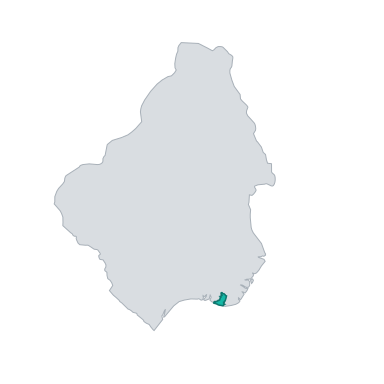 location of Ekeremor, Bayelsa, Nigeria, rotated 310°
{"feature_id": "59680162B22876202690460", "entity_name": "Ekeremor", "entity_type": "district", "adm_level": 2, "iso_a3": "NGA", "parent_name": "Nigeria", "parent_adm1": "Bayelsa", "projection": "orthographic", "projection_center": [5.719, 4.944], "detail": "fine", "context": "in_parent", "style": "filled", "palette": "teal", "viewbox_px": 384, "rotation_deg": 310, "n_neighbors": 0, "source": "geoboundaries", "source_scale": "gbopen_adm2", "svg_char_len": 5764}
<svg xmlns="http://www.w3.org/2000/svg" viewBox="0 0 384 384"><g transform="rotate(310 192 192)"><path d="M299.5,87.7L309.9,101.4L312.3,111.7L313.3,116.8L314.9,117.4L318.0,117.6L320.3,118.6L321.7,120.3L322.6,121.8L322.8,122.8L322.3,129.0L321.6,131.2L322.1,134.3L322.0,135.6L321.7,136.5L320.4,137.5L318.5,138.6L314.1,141.6L312.8,142.0L311.0,142.1L309.4,142.9L307.5,144.5L303.4,150.5L300.0,156.5L297.6,166.2L294.5,169.3L294.0,172.0L293.6,178.0L293.2,179.8L292.7,180.4L289.3,181.6L287.4,183.0L286.2,185.7L284.9,195.1L284.4,196.6L283.3,198.2L281.6,200.0L280.1,201.0L276.2,201.6L272.5,208.7L272.5,209.9L271.0,216.3L268.1,221.1L268.0,224.2L264.4,228.5L262.6,231.4L264.6,234.4L264.7,234.8L258.6,240.0L258.2,240.8L258.0,244.3L257.5,245.2L256.4,246.5L254.7,248.0L253.0,249.1L251.1,249.9L249.2,250.2L248.2,249.7L247.6,248.7L246.5,244.4L246.0,243.4L244.7,242.6L239.9,237.9L237.0,236.3L236.4,236.4L235.9,236.8L235.1,239.2L234.3,240.1L232.7,240.4L230.1,240.5L228.1,240.2L227.7,239.7L226.7,237.8L220.8,242.2L218.7,243.2L216.1,248.3L212.4,250.9L209.8,253.1L202.9,260.1L201.5,262.1L200.1,265.2L197.2,278.3L192.4,286.5L191.8,288.2L191.5,288.1L190.9,288.9L189.0,288.4L188.2,286.9L187.0,286.7L185.0,284.4L184.6,284.8L186.7,290.4L185.9,292.6L180.0,292.7L175.0,293.5L171.5,293.4L169.7,292.6L168.9,290.5L168.6,290.7L168.5,291.9L167.3,292.8L163.4,292.9L161.7,291.5L160.3,289.9L158.8,289.2L159.0,289.9L160.7,291.4L160.5,293.7L157.4,296.3L155.4,296.5L154.1,295.3L153.5,293.5L153.2,290.8L152.3,289.0L151.9,289.0L152.4,292.0L152.5,294.7L154.0,296.9L151.7,297.5L148.9,297.6L148.5,296.8L148.2,295.0L147.7,294.6L147.2,297.6L141.5,298.4L140.7,298.3L140.5,297.8L140.9,296.9L140.8,295.6L139.6,296.6L139.4,298.7L138.6,299.0L136.5,298.7L134.1,297.7L130.3,295.0L125.6,290.8L124.8,288.8L123.5,286.5L121.0,280.0L121.5,279.7L122.5,280.0L123.1,279.4L121.1,279.0L120.7,278.5L120.6,277.0L120.7,275.3L123.6,274.4L124.3,273.3L124.7,272.2L121.1,273.9L117.6,272.0L116.9,270.9L117.3,270.0L121.2,270.0L122.6,269.2L121.8,268.9L120.3,268.9L119.7,268.3L119.8,267.0L119.3,267.3L118.6,268.5L116.3,269.4L115.0,268.5L114.8,266.5L114.5,265.7L113.4,265.0L109.4,259.9L104.3,255.6L99.8,252.6L93.0,251.2L78.8,251.2L78.0,250.8L78.9,250.1L80.2,249.7L84.7,247.3L84.0,247.0L79.2,248.5L77.6,248.6L75.5,251.5L61.5,252.0L61.5,250.7L62.2,247.0L63.0,244.4L62.1,241.2L61.9,238.4L62.5,237.5L62.7,236.4L62.6,229.1L63.4,228.0L63.4,227.3L61.9,224.1L62.0,221.7L61.7,219.4L61.2,218.4L61.9,209.5L61.7,207.2L62.2,205.7L62.4,201.8L62.4,198.1L63.4,192.1L69.4,191.4L70.8,189.0L71.7,186.1L71.5,183.2L73.4,180.6L75.8,178.4L75.7,175.9L76.3,175.1L77.4,174.5L79.0,174.3L80.8,173.0L81.8,170.9L82.8,167.4L81.3,165.0L81.3,164.4L81.9,163.1L82.9,161.8L83.6,161.4L85.3,161.8L85.9,161.3L87.0,157.4L86.9,156.4L85.3,153.8L84.5,146.9L84.0,146.0L82.8,144.7L79.5,139.9L79.6,137.6L81.0,134.6L81.9,133.2L83.2,132.4L83.5,131.7L83.1,130.9L82.5,130.3L82.3,128.9L83.0,127.1L82.8,125.1L83.2,114.7L85.9,112.6L89.8,109.2L91.8,105.7L92.9,103.0L94.3,94.1L96.3,93.2L100.3,89.9L105.6,88.0L109.0,87.5L115.0,87.8L118.1,87.5L120.7,85.8L121.9,85.3L123.6,85.0L138.6,89.6L140.0,89.4L141.1,89.7L143.0,90.9L147.5,95.2L152.2,101.9L153.6,103.3L155.1,104.1L156.6,104.4L157.7,104.3L158.8,103.6L160.2,102.4L162.4,101.8L164.2,101.9L173.6,96.7L174.5,96.7L180.3,97.8L188.2,102.9L194.6,106.2L199.2,107.3L204.5,108.1L213.5,108.3L220.2,101.0L222.7,99.4L225.7,98.0L232.0,96.6L242.5,95.6L252.3,95.9L258.5,97.1L264.9,99.4L267.8,101.6L272.1,102.0L275.3,101.5L276.2,99.2L279.3,96.3L283.9,93.5L287.6,91.6L290.7,90.7L293.5,88.5L295.7,87.8L299.5,87.7ZM163.8,295.8L161.6,296.5L160.2,296.4L162.2,293.4L163.1,294.0L164.4,294.3L163.8,295.8Z" fill="#d9dde1" stroke="#a8b0b8" stroke-width="1"/><path d="M134.6,285.2L134.4,284.8L134.3,284.6L134.3,284.2L134.4,283.9L134.5,283.6L134.6,283.2L134.6,282.9L134.6,282.5L134.6,282.3L134.6,282.0L134.6,281.8L134.4,281.6L134.1,281.2L133.9,280.8L133.9,280.6L134.0,280.4L134.1,280.0L134.2,279.8L134.1,279.7L133.9,279.3L133.6,279.2L133.3,279.2L133.2,279.3L133.1,279.7L133.0,279.8L132.9,279.8L132.9,280.2L132.9,280.4L132.7,280.5L132.2,280.6L132.1,280.4L132.0,280.5L132.0,280.8L131.9,281.0L131.9,281.3L131.7,281.2L131.5,281.3L131.4,281.4L131.2,281.3L131.2,281.2L130.9,281.1L130.7,281.1L130.5,280.9L130.4,281.0L130.2,281.0L130.1,280.9L130.1,281.0L129.9,281.3L129.8,281.6L129.7,281.5L129.6,281.4L129.4,281.5L129.2,281.6L128.9,281.6L128.7,281.7L128.6,281.9L128.5,282.2L128.3,282.3L128.1,282.3L127.9,282.3L127.7,282.2L127.3,282.2L127.3,282.3L127.3,282.5L127.2,282.6L126.9,282.6L126.7,282.5L126.6,282.4L126.4,282.3L126.3,282.1L126.1,282.0L125.8,281.9L125.6,281.9L125.5,281.6L125.2,281.6L124.7,281.6L124.3,281.4L124.1,281.3L124.0,281.1L123.9,280.9L123.7,280.8L123.3,280.8L123.1,280.8L122.9,280.8L122.8,280.7L122.9,280.4L122.9,280.2L122.6,280.0L122.5,279.9L122.2,279.9L122.1,279.7L121.7,279.8L121.4,279.8L121.1,279.9L120.9,280.0L121.0,280.4L121.0,280.5L121.9,282.3L122.3,283.4L122.2,283.5L122.2,283.8L122.3,284.1L122.4,284.4L122.4,284.6L122.5,284.9L122.6,285.1L122.9,285.6L123.2,286.3L123.4,286.5L123.5,286.7L123.8,287.2L124.1,287.7L124.2,287.9L124.2,288.2L124.3,288.4L124.6,288.5L124.9,288.6L125.1,288.7L125.1,289.0L125.3,289.0L125.5,289.0L125.6,288.9L125.8,288.7L126.0,288.7L126.1,288.9L126.3,288.9L126.2,288.8L126.3,288.8L126.5,288.9L126.4,288.7L126.6,288.6L126.8,288.7L126.8,288.3L126.8,288.1L126.9,287.9L127.2,287.8L127.4,287.7L127.5,287.7L127.7,287.9L127.8,287.9L127.9,287.7L128.0,287.4L128.0,287.1L128.3,287.2L128.4,287.3L128.5,287.3L128.9,287.4L129.1,287.4L129.3,287.4L129.5,287.3L129.6,287.1L129.9,287.2L130.0,287.3L130.2,287.2L130.6,287.1L130.9,287.0L131.1,286.9L131.3,286.8L131.6,286.6L132.1,286.5L132.4,286.3L132.6,286.2L132.9,286.0L133.2,285.9L133.5,285.8L133.7,285.7L134.0,285.5L134.3,285.4L134.6,285.2Z" fill="#14b8a6" stroke="#0f766e" stroke-width="1.5"/></g></svg>